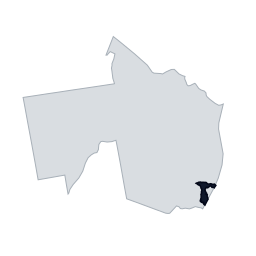 location of Retalhuleu, Retalhuleu, Guatemala, rotated 260°
{"feature_id": "79465075B31149940203077", "entity_name": "Retalhuleu", "entity_type": "district", "adm_level": 2, "iso_a3": "GTM", "parent_name": "Guatemala", "parent_adm1": "Retalhuleu", "projection": "albers", "projection_center": [-91.907, 14.391], "detail": "fine", "context": "in_parent", "style": "filled", "palette": "ink", "viewbox_px": 256, "rotation_deg": 260, "n_neighbors": 0, "source": "geoboundaries", "source_scale": "gbopen_adm2", "svg_char_len": 4869}
<svg xmlns="http://www.w3.org/2000/svg" viewBox="0 0 256 256"><g transform="rotate(260 128 128)"><path d="M35.4,187.5L36.6,186.3L37.6,183.5L38.9,180.6L38.1,177.2L37.7,174.4L39.1,170.5L39.0,167.5L39.6,165.6L41.7,164.4L42.8,162.2L36.8,154.3L36.9,152.5L37.6,150.3L42.5,141.9L48.3,132.0L54.7,121.0L58.5,114.4L72.4,114.3L81.7,114.3L93.4,114.3L106.2,114.2L114.5,114.1L118.0,114.0L117.4,109.7L117.8,105.0L119.3,100.7L119.3,98.8L116.8,96.4L111.9,95.1L109.2,93.1L109.2,90.5L108.0,87.3L105.7,83.6L100.8,79.9L93.4,76.0L87.2,70.8L82.0,64.3L77.6,60.1L74.2,58.4L73.4,57.5L83.3,57.5L92.6,57.6L92.6,48.2L92.6,39.9L92.6,30.5L109.4,30.5L129.5,30.4L150.3,30.2L166.7,30.1L176.3,30.0L176.0,41.6L175.7,55.1L175.4,65.0L175.1,78.2L174.7,91.7L174.2,110.2L173.9,122.1L174.1,122.4L179.6,121.7L187.8,122.1L189.8,122.1L192.3,123.1L194.2,123.4L198.4,126.0L203.3,128.0L206.3,123.8L204.6,121.4L203.4,120.1L203.6,119.0L220.6,129.4L218.7,131.1L214.4,134.9L206.7,141.5L199.8,147.4L193.1,152.7L187.1,157.5L186.4,158.0L178.8,161.5L177.5,163.1L175.9,169.8L175.2,171.4L176.6,175.1L178.1,180.8L177.7,183.8L172.4,187.6L170.0,190.9L168.9,193.1L167.9,192.6L166.3,192.4L162.5,193.3L160.6,193.5L159.1,194.5L159.0,196.5L160.0,199.9L160.4,201.6L159.3,202.4L154.7,204.5L152.8,206.5L151.1,209.6L149.0,210.9L146.9,210.7L145.3,211.1L142.1,213.5L137.2,218.0L134.6,221.3L134.6,223.8L135.1,226.0L117.2,218.3L111.2,217.0L86.1,217.2L75.3,214.2L63.0,208.2L54.7,202.8L35.4,187.5Z" fill="#d9dde1" stroke="#a8b0b8" stroke-width="1"/><path d="M54.1,202.6L54.8,203.1L55.0,203.4L55.4,203.7L55.5,203.9L55.7,204.1L55.9,204.3L56.0,204.4L56.2,204.6L56.4,204.5L56.5,204.4L56.7,204.2L57.6,203.5L57.8,203.3L57.8,203.2L57.7,202.6L57.7,202.4L57.7,202.1L57.9,201.8L57.9,201.7L57.9,201.4L58.0,201.1L58.2,200.8L58.2,200.7L58.5,200.5L58.6,200.0L58.8,199.7L58.8,199.4L58.7,198.2L58.7,197.7L58.8,197.4L59.0,197.1L59.1,196.9L59.3,196.8L59.4,196.6L59.4,196.4L59.8,196.0L60.0,196.0L60.3,195.8L60.5,195.8L60.7,195.5L60.9,195.3L60.9,195.1L61.0,194.9L61.0,194.7L61.0,194.3L61.1,194.1L61.1,193.8L61.1,193.7L61.2,193.4L61.3,193.4L61.4,193.0L61.4,192.8L61.5,192.5L61.5,192.4L61.6,191.9L61.4,191.7L61.4,191.4L61.3,191.2L61.5,190.8L61.6,190.7L61.8,190.6L61.8,190.4L62.0,190.4L62.0,190.2L62.2,189.9L62.1,189.7L62.2,189.4L62.2,189.0L62.3,188.8L62.3,188.7L62.3,188.1L62.2,187.7L62.0,187.4L61.9,187.3L61.9,187.2L61.9,186.6L61.9,185.9L61.8,185.6L61.7,185.4L61.5,185.6L61.4,185.9L61.1,186.4L60.8,186.5L60.7,186.7L60.5,186.9L60.4,186.9L60.4,187.1L60.1,187.3L59.9,187.4L59.7,187.5L59.4,188.0L59.3,188.3L59.4,188.5L59.1,188.8L59.0,189.0L58.8,189.2L58.7,189.2L58.4,189.1L58.2,189.1L57.9,189.2L57.7,189.2L57.3,189.4L57.0,189.4L56.9,189.5L56.7,189.5L56.4,189.6L56.2,189.6L55.9,189.6L55.7,189.5L55.4,189.7L55.3,190.0L55.1,190.0L54.9,190.0L54.8,189.9L54.6,189.9L54.5,190.0L54.4,190.0L54.1,190.0L54.0,189.9L53.9,189.9L53.6,189.8L53.4,189.8L53.1,189.6L52.8,189.4L52.7,189.4L52.4,189.3L52.3,189.2L52.2,189.1L51.9,189.1L51.6,189.3L51.2,189.2L50.9,189.1L50.3,188.5L49.9,188.3L49.4,188.3L49.2,188.3L48.8,188.3L48.6,188.3L47.7,188.1L47.3,188.1L46.9,188.0L46.7,188.0L46.5,187.9L46.0,187.5L45.8,187.5L45.4,187.4L45.2,187.3L44.8,187.0L44.5,186.8L44.2,186.7L43.8,186.6L43.7,186.7L43.7,186.8L43.5,186.5L43.2,186.6L43.2,186.8L43.0,187.0L42.8,187.1L42.7,187.1L42.7,187.3L42.6,187.5L42.5,187.4L42.4,187.5L42.6,187.6L42.4,187.6L42.2,187.6L42.2,187.8L42.3,187.8L42.2,187.9L42.0,188.0L42.0,187.9L41.9,187.9L41.8,188.0L41.7,188.2L41.5,188.3L41.5,188.6L41.4,188.7L41.5,188.6L41.6,188.8L41.4,189.0L41.4,189.3L41.2,189.5L41.3,189.6L41.2,189.6L40.9,189.6L40.7,189.5L40.5,189.4L40.3,189.3L40.2,189.3L39.9,189.4L39.8,189.5L39.7,189.5L39.6,189.8L39.7,190.0L39.4,190.1L39.2,190.2L38.9,190.1L38.8,190.3L38.7,190.4L39.6,191.0L39.9,191.3L40.1,191.4L40.5,191.7L40.7,191.9L41.1,192.2L41.5,192.5L42.3,193.1L42.8,193.5L43.4,194.0L43.7,194.2L44.4,194.8L44.5,194.9L44.2,194.5L44.2,194.4L44.7,194.4L44.9,194.3L45.0,194.3L45.5,194.5L45.7,194.4L45.8,194.4L46.0,194.4L46.3,194.3L46.4,194.2L46.5,194.1L47.1,194.1L47.5,194.2L47.9,194.3L48.0,194.2L48.3,194.3L48.5,194.4L48.6,194.1L48.8,194.0L48.9,193.9L49.0,193.9L49.1,194.0L49.3,194.0L49.5,194.0L49.6,193.9L49.6,193.7L49.7,193.8L49.8,193.7L49.9,193.8L50.0,193.9L50.1,193.7L50.4,193.7L50.5,193.7L50.8,193.7L51.1,193.7L51.3,193.6L51.5,193.5L51.6,193.4L51.9,193.3L52.0,193.3L52.2,193.2L52.3,193.2L52.5,193.1L52.8,193.2L53.0,193.0L53.3,193.1L53.5,192.9L53.8,192.9L54.0,193.2L54.3,193.3L54.5,193.4L54.6,193.6L54.7,193.8L55.2,194.1L55.5,194.3L56.1,194.8L56.1,195.0L55.9,195.2L55.7,195.2L55.6,195.3L55.3,195.7L55.3,195.8L55.4,196.2L55.4,196.5L55.5,196.6L55.9,196.7L56.0,196.8L56.0,197.1L55.9,197.3L56.0,197.4L56.3,198.0L56.4,198.3L56.5,198.6L56.6,198.9L56.6,199.0L56.5,199.3L56.5,199.5L56.4,199.6L55.9,200.0L55.7,200.1L55.2,200.2L55.1,200.3L54.9,200.5L54.8,200.9L54.7,201.2L54.7,201.7L54.5,202.1L54.1,202.6Z" fill="#0f172a" stroke="#020617" stroke-width="1.5"/></g></svg>